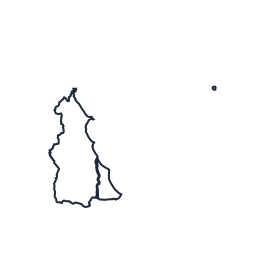 Takua Pa, Phangnga, Thailand, rotated 154°
{"feature_id": "78962969B86019353442573", "entity_name": "Takua Pa", "entity_type": "district", "adm_level": 2, "iso_a3": "THA", "parent_name": "Thailand", "parent_adm1": "Phangnga", "projection": "orthographic", "projection_center": [98.301, 8.816], "detail": "fine", "context": "isolated", "style": "outline", "palette": "slate", "viewbox_px": 256, "rotation_deg": 154, "n_neighbors": 0, "source": "geoboundaries", "source_scale": "gbopen_adm2", "svg_char_len": 5831}
<svg xmlns="http://www.w3.org/2000/svg" viewBox="0 0 256 256"><g transform="rotate(154 128 128)"><path d="M221.1,105.1L221.7,102.2L222.3,101.4L222.4,100.8L223.0,100.3L223.8,98.8L223.9,98.2L223.9,96.7L223.7,95.8L224.1,94.4L224.5,93.5L224.4,92.7L224.2,92.4L223.1,91.6L222.4,91.3L221.7,91.2L221.2,90.3L220.4,89.6L218.7,90.8L218.4,90.9L217.6,90.9L216.7,90.4L216.5,89.9L215.9,89.4L215.0,89.0L214.2,88.5L213.3,88.2L212.9,88.0L212.6,86.8L212.0,86.5L211.8,85.5L211.0,84.7L210.7,84.1L210.3,83.9L208.3,84.1L207.9,84.0L204.5,81.3L204.2,80.7L203.3,80.2L202.8,79.0L202.6,77.9L202.4,77.4L201.6,76.4L200.9,75.7L200.1,75.4L197.8,74.9L197.2,74.9L196.2,75.1L196.2,76.6L195.9,76.6L195.6,77.2L195.6,77.9L195.7,78.3L193.1,79.5L193.0,79.8L190.7,81.2L189.6,80.8L188.1,79.7L188.0,79.8L187.4,80.0L187.2,79.8L186.2,80.8L185.0,82.1L184.6,82.7L184.7,83.5L184.3,84.2L183.1,85.8L182.7,86.6L182.5,87.6L181.6,89.6L181.0,90.3L180.2,91.0L179.1,91.0L178.3,91.6L178.1,92.2L178.1,94.6L177.8,95.3L177.5,95.8L176.0,96.7L175.4,97.4L175.2,97.9L175.0,98.7L175.1,101.0L174.7,104.0L174.1,105.3L173.9,106.5L173.3,107.2L172.9,108.3L172.5,109.6L172.4,110.8L172.5,110.8L172.5,111.0L172.2,111.2L171.3,112.5L171.5,112.7L171.2,112.9L170.3,113.7L169.9,114.0L169.1,114.8L168.1,115.0L167.9,115.2L167.8,115.9L168.4,119.3L168.6,122.1L168.6,124.3L168.0,126.5L168.2,126.8L168.0,127.2L167.8,127.0L167.7,127.1L166.6,128.7L166.1,129.2L165.2,129.8L164.8,129.7L164.7,129.8L166.2,131.6L166.5,132.3L167.3,135.7L167.4,137.1L167.5,137.5L167.5,141.6L167.3,143.7L166.8,144.6L166.3,144.8L165.7,146.8L165.8,147.2L165.5,147.7L165.3,147.7L164.7,148.7L164.0,149.6L162.8,149.7L162.4,150.2L162.1,150.4L161.2,151.2L160.5,151.7L159.3,152.3L158.8,152.4L157.9,152.4L156.6,152.2L156.2,151.9L155.4,150.8L155.2,150.8L155.6,151.7L155.7,152.4L155.6,153.4L155.7,153.9L156.1,154.1L156.8,154.5L157.6,154.6L159.2,156.0L159.4,156.3L160.0,158.4L160.3,160.4L160.4,160.5L160.3,161.2L161.1,166.6L161.3,169.3L161.4,169.8L161.4,170.1L161.4,170.8L161.8,172.1L162.5,173.8L162.5,174.6L162.9,176.0L162.9,176.5L162.7,176.5L162.6,176.8L162.6,177.0L162.7,177.4L162.5,177.9L162.7,178.6L162.9,180.3L162.6,180.5L162.5,181.0L162.1,181.1L162.1,181.8L161.9,183.1L161.2,183.3L161.0,183.6L160.5,183.8L160.2,184.1L159.9,184.0L159.7,184.3L159.1,184.3L158.9,184.5L158.6,184.5L158.7,185.2L158.0,185.4L158.1,185.6L157.9,185.8L158.0,185.8L158.0,186.1L158.4,186.2L158.3,186.3L158.4,186.5L158.8,186.8L159.1,186.8L159.7,187.1L159.6,186.4L159.7,186.0L160.2,185.7L160.7,185.6L161.7,185.6L162.8,185.3L163.0,185.0L162.9,184.6L163.0,184.2L164.0,183.5L164.4,183.5L164.9,183.2L165.1,183.0L165.0,182.5L166.0,181.7L166.3,181.6L167.2,181.8L167.6,181.7L168.0,180.5L168.4,180.3L169.2,178.3L170.0,178.3L170.5,178.7L170.5,179.7L170.9,180.2L170.8,180.6L170.9,181.5L170.8,182.0L171.4,182.6L171.6,183.1L171.8,183.5L172.3,183.6L172.5,183.5L172.9,182.7L173.6,182.3L174.0,182.2L175.0,182.3L176.4,181.5L178.3,181.3L178.9,180.6L179.2,179.9L179.6,179.6L180.3,178.7L182.1,178.4L183.2,178.6L183.5,178.6L184.4,178.0L185.0,176.9L185.0,176.6L186.3,176.3L186.1,175.7L186.4,174.8L186.3,174.2L186.5,173.4L186.3,172.7L184.7,171.1L183.4,170.8L182.6,170.4L182.0,170.5L181.8,170.4L181.7,170.1L182.0,169.1L181.9,168.5L182.0,168.1L182.9,167.4L183.1,167.1L183.1,166.6L183.4,166.5L183.9,166.0L184.0,165.5L184.2,165.2L184.4,164.9L185.1,163.8L185.4,163.5L185.3,162.7L185.7,161.8L186.3,161.2L186.3,160.9L185.4,160.0L185.1,159.5L185.1,157.9L186.2,157.3L186.3,156.5L186.2,156.2L186.2,155.9L186.7,155.1L187.0,153.6L187.6,152.6L188.0,152.3L188.4,152.1L188.9,152.2L190.4,152.7L190.7,152.6L191.2,152.0L191.7,151.9L192.4,151.8L193.8,152.1L194.2,152.0L194.5,151.6L194.6,151.0L195.1,150.5L195.4,150.1L195.4,149.7L195.2,148.8L195.6,147.4L196.9,144.9L197.3,144.6L198.1,144.5L198.8,144.7L199.2,145.1L200.2,144.9L200.8,145.2L201.5,145.8L202.8,144.6L203.1,144.4L203.3,144.0L203.6,143.9L203.6,143.7L205.0,142.5L205.7,142.6L206.3,142.1L207.9,142.4L208.4,142.2L208.5,141.9L208.5,141.3L208.2,140.2L208.9,139.8L209.4,139.9L209.3,139.4L209.7,139.5L209.9,139.2L210.0,138.7L209.9,138.7L209.9,138.0L210.1,137.2L210.0,136.9L209.9,136.8L209.9,136.7L209.7,136.6L209.7,136.4L210.1,135.9L210.1,135.5L209.9,135.1L209.9,134.7L209.5,134.5L209.4,134.2L209.6,134.1L209.6,133.9L209.3,133.5L209.3,133.0L209.5,132.7L209.2,132.1L209.2,131.8L208.7,131.0L208.8,130.1L209.5,129.4L209.7,128.9L209.7,128.5L209.4,128.0L208.9,126.8L208.8,125.6L208.9,125.3L208.9,125.1L208.5,124.8L208.4,124.0L208.2,123.5L208.0,122.6L208.0,121.2L209.2,120.4L210.5,119.3L211.6,118.1L212.6,117.4L212.7,117.2L212.6,116.6L213.7,114.6L213.9,114.5L214.9,114.5L214.7,113.8L214.9,113.4L216.5,112.3L217.8,111.1L218.6,110.7L219.1,109.8L219.2,108.7L219.9,107.4L220.8,106.3L220.8,105.7L221.1,105.1ZM168.2,68.9L167.0,69.1L165.6,69.6L163.1,71.3L163.4,71.7L164.0,72.4L164.8,73.6L166.5,78.1L167.0,80.2L167.5,85.4L167.6,86.9L167.5,89.5L167.1,91.6L166.5,92.5L165.1,95.5L163.6,97.9L163.3,98.8L163.8,99.9L165.2,101.7L166.6,103.9L167.4,105.4L167.9,106.4L168.3,107.6L168.5,108.9L168.8,112.1L168.7,113.7L168.8,113.9L169.0,113.6L169.2,113.0L169.8,112.4L170.2,111.3L170.6,110.8L171.9,107.5L173.0,105.8L173.5,104.7L173.8,103.4L174.2,99.7L174.2,98.0L174.5,97.3L176.1,95.7L177.1,95.2L177.3,94.9L177.5,94.3L177.2,92.0L177.4,91.3L178.0,91.0L178.2,90.3L178.4,90.2L178.9,90.2L179.4,90.6L179.8,90.6L181.1,89.2L181.4,88.4L182.3,85.2L182.9,84.1L184.7,80.0L185.4,78.8L185.5,78.1L185.3,77.2L185.0,76.4L184.7,76.1L182.3,74.9L181.0,73.9L176.3,72.2L174.2,71.3L173.3,70.8L173.0,71.0L172.7,70.8L172.2,70.8L171.7,70.6L171.1,70.2L170.8,69.3L170.6,69.1L170.2,69.1L169.8,69.4L169.4,69.1L168.2,68.9ZM33.1,127.6L33.6,127.5L34.2,127.3L34.5,126.7L34.5,125.8L33.9,124.8L33.6,124.5L32.8,124.2L32.6,124.2L32.4,124.5L32.2,125.1L31.5,126.0L31.5,126.7L31.9,127.2L33.1,127.6ZM185.8,80.0L186.4,79.3L186.5,78.5L186.4,78.3L186.2,78.4L185.7,79.3L185.8,80.0Z" fill="none" stroke="#1e293b" stroke-width="2"/></g></svg>